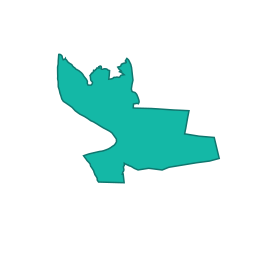 Oru West, Imo, Nigeria (Natural Earth projection), rotated 297°
{"feature_id": "59680162B53120698145103", "entity_name": "Oru West", "entity_type": "district", "adm_level": 2, "iso_a3": "NGA", "parent_name": "Nigeria", "parent_adm1": "Imo", "projection": "natural_earth1", "projection_center": [6.913, 5.74], "detail": "fine", "context": "isolated", "style": "filled", "palette": "teal", "viewbox_px": 256, "rotation_deg": 297, "n_neighbors": 0, "source": "geoboundaries", "source_scale": "gbopen_adm2", "svg_char_len": 3797}
<svg xmlns="http://www.w3.org/2000/svg" viewBox="0 0 256 256"><g transform="rotate(297 128 128)"><path d="M162.1,32.9L159.2,34.1L156.3,35.3L153.2,36.8L150.3,37.6L145.9,39.9L143.1,41.4L143.0,41.5L142.4,41.8L139.8,43.0L138.0,44.5L135.9,45.7L135.4,45.9L133.0,47.2L130.6,49.6L128.0,51.7L126.6,53.2L124.4,55.3L124.0,55.6L123.8,55.9L122.4,58.3L122.1,61.1L121.6,65.0L121.0,68.9L120.5,70.2L119.4,73.1L118.8,76.6L118.7,77.6L118.5,78.6L118.5,84.0L118.2,87.4L117.6,91.6L117.8,94.3L117.5,98.9L117.2,101.9L116.9,106.1L116.9,109.5L116.8,113.4L116.3,116.1L114.7,119.2L113.4,121.7L113.1,122.5L110.7,123.9L110.5,124.0L108.4,123.9L106.6,123.6L104.5,122.4L102.7,121.5L100.7,120.2L100.3,119.9L98.6,118.4L98.3,118.1L96.7,116.6L95.4,115.1L94.1,113.2L92.0,110.7L91.6,110.2L89.5,107.7L87.2,105.0L85.8,103.6L85.1,102.9L83.1,101.0L81.7,103.8L81.2,104.9L80.6,105.9L80.1,107.1L79.7,108.4L79.3,109.3L79.0,110.2L78.8,110.5L78.3,110.9L77.9,111.3L77.4,111.7L76.9,112.2L76.4,113.3L74.9,115.9L74.3,116.8L73.6,117.5L72.9,118.1L72.2,119.0L71.4,119.7L70.8,120.9L70.0,122.2L69.6,122.9L69.3,123.3L68.9,123.6L68.6,123.6L68.5,123.8L67.9,124.1L67.5,124.4L67.2,125.0L66.7,125.9L66.5,126.3L75.1,144.4L77.5,149.4L84.8,144.6L84.3,143.9L86.5,143.4L87.3,143.6L88.2,143.5L89.1,143.2L90.9,141.8L91.4,141.5L93.0,141.7L94.9,140.7L94.7,142.6L95.0,143.3L94.7,144.2L95.1,145.0L94.8,146.2L95.1,147.3L95.2,148.4L94.9,152.1L95.2,156.0L101.5,164.7L106.1,177.5L111.6,182.3L128.2,204.9L135.6,215.7L142.3,223.1L158.7,209.1L153.0,195.1L148.5,181.1L153.9,179.6L164.4,176.4L171.1,174.5L168.1,167.8L164.6,160.1L158.6,146.0L155.9,139.8L151.4,130.4L148.9,125.2L148.3,123.5L151.9,122.0L152.5,122.7L152.9,123.4L153.5,123.9L154.3,125.6L154.3,126.2L154.8,126.2L155.5,126.2L156.2,126.1L156.9,125.7L157.7,125.1L158.1,124.7L159.2,123.6L160.3,122.4L161.9,120.5L162.4,119.3L162.8,118.1L162.4,116.0L162.4,115.0L164.2,113.3L168.3,111.9L172.9,110.7L183.5,103.7L184.6,102.7L185.7,101.8L186.4,101.0L187.2,99.9L188.7,97.9L189.0,97.3L189.1,96.9L189.4,95.8L189.5,95.4L189.0,95.3L188.2,95.3L186.5,95.2L186.4,95.5L186.3,96.0L186.2,96.3L185.9,96.5L185.7,96.6L185.3,96.5L185.0,96.4L184.7,96.0L184.5,95.6L184.1,95.3L183.8,95.1L183.7,94.8L183.6,94.5L183.4,94.3L182.9,94.1L182.6,93.9L182.4,93.5L182.1,93.4L181.7,93.3L181.6,93.2L181.4,93.3L180.7,93.3L179.9,93.4L179.4,93.1L178.8,92.6L178.3,92.1L178.1,91.7L177.9,91.4L177.6,91.2L177.4,91.7L177.4,91.9L177.1,92.2L176.9,92.3L176.6,92.8L176.4,93.2L176.3,93.6L176.2,94.1L176.0,94.7L176.0,95.2L175.9,95.7L175.8,95.9L175.7,96.1L175.5,95.8L175.2,95.4L174.6,95.0L174.3,94.9L174.4,95.8L174.4,96.6L174.3,97.5L174.2,98.3L174.0,99.1L173.7,100.3L172.9,99.2L172.0,98.0L171.3,97.7L169.5,97.5L168.9,96.7L168.6,95.9L168.4,95.0L167.6,94.2L167.1,93.1L166.5,92.3L165.6,92.1L164.4,91.1L163.8,90.3L162.7,88.7L166.1,87.5L170.8,85.5L170.5,84.2L170.7,83.2L170.9,82.3L170.3,80.5L169.5,79.4L168.8,78.7L168.4,77.9L168.4,77.4L168.8,77.0L169.5,77.0L170.1,76.7L170.7,76.1L170.6,75.0L169.7,74.7L169.4,74.2L169.0,74.6L168.4,75.0L168.0,74.5L167.7,73.5L167.3,73.0L166.6,73.1L165.5,72.8L165.1,72.5L163.7,72.2L163.7,71.5L163.7,71.2L163.1,71.4L162.2,71.6L161.4,71.5L160.8,71.3L160.7,71.1L160.5,70.8L159.9,70.8L159.3,70.6L158.6,70.5L158.2,70.6L157.5,70.3L157.2,70.7L155.8,71.7L154.7,72.4L153.9,72.9L153.3,73.9L153.0,75.0L152.4,75.8L151.6,76.0L150.5,76.0L149.8,75.7L149.3,75.6L149.1,75.0L148.1,73.0L149.3,71.4L150.9,70.8L151.6,70.1L152.6,68.6L153.0,67.6L154.1,65.2L155.2,63.5L156.0,61.6L156.8,58.0L156.7,56.5L156.9,55.9L156.8,55.3L156.8,54.7L157.5,53.1L157.5,52.3L157.6,51.9L157.9,50.8L158.4,50.0L158.9,49.2L159.0,48.5L159.1,46.8L159.3,45.5L159.6,44.3L160.1,43.4L160.7,42.3L161.0,41.0L161.6,40.6L161.1,40.5L160.3,40.2L159.8,39.7L159.4,39.3L159.8,38.8L160.5,37.9L161.5,37.0L162.1,36.7L162.7,35.2L162.7,33.8L162.1,32.9Z" fill="#14b8a6" stroke="#0f766e" stroke-width="1.5"/></g></svg>